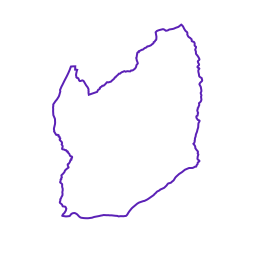 the district of Garagoa, Boyacá, Colombia, rotated 161°
{"feature_id": "7082276B73861688893485", "entity_name": "Garagoa", "entity_type": "district", "adm_level": 2, "iso_a3": "COL", "parent_name": "Colombia", "parent_adm1": "Boyacá", "projection": "albers", "projection_center": [-73.307, 5.088], "detail": "fine", "context": "isolated", "style": "outline", "palette": "violet", "viewbox_px": 256, "rotation_deg": 161, "n_neighbors": 0, "source": "geoboundaries", "source_scale": "gbopen_adm2", "svg_char_len": 5804}
<svg xmlns="http://www.w3.org/2000/svg" viewBox="0 0 256 256"><g transform="rotate(161 128 128)"><path d="M177.6,52.9L174.6,51.8L174.1,51.5L172.0,50.8L168.5,49.1L166.8,48.4L165.7,47.5L163.5,47.0L161.2,46.1L158.8,45.6L158.2,45.6L156.8,46.4L155.7,47.4L154.0,48.7L151.0,50.6L149.8,51.2L143.8,53.5L141.8,53.9L137.6,53.9L136.5,53.8L136.2,53.7L133.2,54.1L131.9,54.4L125.9,56.1L124.8,56.6L124.3,57.0L123.3,57.3L121.3,58.4L118.5,58.8L117.5,59.3L115.8,59.4L113.2,59.7L110.2,61.1L109.0,62.0L107.9,62.5L106.4,62.3L104.9,62.4L104.0,62.9L102.2,63.5L101.7,63.8L99.4,65.7L98.3,66.3L94.6,67.9L91.3,68.7L87.8,70.0L83.4,70.3L79.9,69.2L78.8,69.3L77.2,69.6L76.9,69.5L76.3,69.3L76.0,69.4L75.2,70.5L74.0,71.2L73.3,72.6L71.4,73.3L71.2,73.6L71.3,74.0L72.3,75.6L72.3,76.4L71.4,78.3L70.2,79.9L70.1,80.2L70.4,81.1L70.4,81.4L69.7,82.4L69.6,82.7L69.7,83.5L70.3,84.9L70.9,86.9L70.5,88.6L70.5,89.0L70.7,90.1L71.3,91.6L71.3,91.8L70.4,92.2L70.1,92.5L69.5,93.3L69.2,93.8L69.1,94.4L68.7,94.8L68.1,96.4L66.8,98.0L65.9,99.8L63.9,102.1L63.0,103.6L61.4,105.8L60.2,108.8L59.9,109.4L59.6,109.8L58.6,110.7L58.0,111.4L58.0,111.7L58.2,112.0L59.3,112.9L59.4,113.2L59.9,114.9L59.9,115.6L59.8,116.3L59.5,116.7L59.2,117.0L58.2,117.1L57.7,117.9L57.4,118.8L56.8,119.4L56.9,121.0L56.8,121.5L56.8,121.9L56.7,122.3L55.9,123.2L55.6,124.1L54.9,124.4L54.4,125.2L53.4,126.2L53.1,126.6L52.9,128.1L52.7,128.4L51.3,128.9L50.2,129.7L49.4,130.8L49.3,131.2L48.8,133.7L47.9,135.1L47.9,135.5L48.0,136.5L47.9,137.2L47.7,137.7L46.9,138.5L46.6,139.0L46.3,140.0L45.8,143.1L46.2,145.6L46.2,146.2L45.4,147.0L44.8,147.4L42.8,148.3L42.4,148.8L42.3,149.0L42.1,151.2L43.6,153.1L43.8,154.0L43.4,156.0L43.2,158.1L42.9,159.3L42.4,160.0L41.3,160.8L41.2,161.0L41.3,161.4L42.3,162.3L42.5,163.0L42.4,163.2L41.9,163.7L40.8,164.1L40.5,164.3L40.1,165.0L40.1,165.3L40.4,166.7L40.3,168.2L39.9,168.6L38.5,169.2L38.2,169.5L38.1,169.8L38.1,170.7L38.4,172.4L38.8,173.9L39.4,175.4L39.5,175.9L39.5,176.3L38.9,178.3L39.0,180.1L37.5,182.0L37.3,182.7L37.9,183.6L38.1,184.1L38.1,184.7L37.5,185.9L37.4,186.5L37.5,187.6L38.0,188.2L39.1,189.0L39.4,189.4L39.0,191.2L39.6,192.3L39.9,193.0L40.3,193.3L41.1,194.5L41.4,195.6L41.5,197.2L41.0,198.2L40.9,198.8L41.0,199.5L41.9,200.9L42.2,201.8L42.6,203.6L42.9,206.1L43.7,208.0L44.0,208.4L47.4,207.2L50.1,207.2L52.3,207.0L53.6,207.1L56.9,207.7L58.2,207.4L59.1,207.4L59.9,207.5L60.6,207.7L61.6,209.2L62.6,210.0L63.0,210.1L66.4,210.4L68.2,210.4L69.2,210.3L70.7,209.5L71.4,205.0L72.3,202.8L72.7,202.2L73.0,202.1L73.5,202.0L74.6,201.0L75.5,200.9L75.8,200.8L76.2,200.0L77.5,199.4L78.3,199.3L78.9,198.9L79.7,198.7L81.8,198.6L82.8,198.8L83.3,198.8L84.4,198.2L86.2,198.1L88.4,197.3L89.0,197.3L89.8,197.5L90.3,197.3L91.7,197.1L92.8,197.1L93.0,196.9L93.2,196.2L94.0,196.4L94.6,196.1L95.0,195.7L95.2,195.0L95.8,194.1L96.8,192.1L97.4,191.6L97.5,190.7L97.4,190.4L97.7,189.3L97.6,186.8L97.7,185.9L97.9,185.7L99.3,184.9L99.7,184.5L100.2,183.5L101.0,182.6L102.2,181.8L103.9,181.2L104.6,181.0L105.2,181.0L106.3,181.4L106.7,181.1L107.5,180.8L110.1,181.9L110.8,182.0L111.9,182.0L112.9,182.9L113.5,182.9L114.3,182.8L115.5,182.8L117.1,182.4L117.9,182.0L118.6,182.1L119.0,182.3L120.3,181.5L122.3,180.7L123.3,180.0L123.9,180.1L125.3,179.0L127.9,178.0L128.8,177.5L129.1,177.4L131.6,177.5L132.7,178.0L133.2,178.1L134.0,177.5L136.1,176.4L136.8,176.2L137.1,176.0L137.6,176.0L138.4,176.3L138.6,176.3L139.5,175.7L140.6,175.6L141.5,175.1L141.5,174.8L141.9,174.3L142.6,174.0L143.6,173.9L144.5,173.2L145.0,172.6L145.4,172.2L154.2,172.2L153.9,174.1L153.3,175.5L153.3,176.0L152.8,177.2L152.7,177.9L152.9,179.6L153.7,182.0L154.6,186.6L154.8,187.0L155.4,187.7L155.8,187.9L157.6,187.9L158.3,188.1L158.7,188.8L158.8,191.1L159.0,191.4L160.0,192.1L160.3,192.7L160.1,193.1L160.0,194.6L159.6,195.7L157.8,198.7L157.1,199.5L157.6,199.9L159.0,200.4L157.8,203.5L160.0,204.2L161.9,204.7L162.2,204.4L164.4,201.7L166.7,199.2L169.2,196.7L172.8,193.3L176.1,190.0L177.4,188.8L179.2,186.8L179.7,186.3L180.0,185.5L180.1,184.6L182.3,181.4L183.1,180.4L185.8,178.2L187.8,177.0L190.9,174.7L191.2,174.2L191.4,173.2L191.7,172.7L192.0,172.3L192.6,170.2L193.3,168.4L194.4,164.5L194.1,160.6L194.2,160.0L195.2,156.7L195.8,155.4L198.1,151.8L198.4,151.1L198.7,149.2L199.0,148.8L198.2,145.1L198.0,144.8L196.6,144.4L196.0,143.9L196.1,143.3L196.4,142.9L196.4,142.7L195.8,142.4L195.6,142.1L195.6,141.9L195.9,141.2L195.4,140.3L195.6,139.9L196.4,139.2L196.4,138.8L195.2,136.3L195.2,135.4L195.4,134.9L196.1,134.1L196.0,133.6L195.7,132.7L195.7,132.2L196.0,131.3L196.9,130.3L197.1,129.6L196.9,129.3L196.7,129.1L195.4,128.4L194.7,127.6L193.9,127.3L193.7,127.0L193.6,126.8L193.6,125.8L193.3,125.6L192.9,125.7L192.6,125.3L192.7,124.1L192.0,122.9L191.8,120.5L191.4,119.9L190.6,119.5L190.3,119.0L190.3,118.7L190.5,118.3L190.8,117.9L191.7,117.4L191.8,116.5L192.3,116.3L192.8,116.4L193.2,116.1L193.6,115.2L194.9,114.1L195.7,113.5L196.6,113.4L196.9,113.1L197.2,111.8L197.0,110.7L197.1,110.0L199.5,109.2L201.1,108.5L201.7,108.0L202.2,107.3L202.8,106.8L204.5,105.8L206.1,105.1L206.3,104.8L206.5,104.6L206.6,102.9L206.8,102.7L207.5,102.3L207.6,101.6L207.7,101.4L208.3,101.3L208.5,101.2L209.0,99.8L209.8,99.0L209.8,98.5L208.8,96.9L208.6,96.4L208.7,95.8L209.3,94.3L209.5,93.1L209.5,92.1L210.0,90.4L211.0,88.7L211.3,87.2L211.8,85.9L212.2,85.4L213.3,84.5L214.2,83.4L214.7,83.1L215.1,82.4L215.3,82.4L215.5,81.7L215.8,81.1L216.3,80.6L216.7,79.8L216.7,79.4L215.6,77.6L215.3,77.0L215.3,75.8L215.2,75.2L213.1,74.1L212.8,73.6L212.7,73.2L212.7,72.1L212.6,71.8L213.7,70.1L214.7,69.3L215.6,68.5L217.5,67.6L218.7,66.5L218.7,66.3L215.9,64.8L214.8,64.4L212.2,63.8L211.5,63.9L210.1,64.9L209.1,65.3L207.8,65.4L206.4,65.1L205.5,64.5L204.4,63.2L204.1,62.7L203.0,60.2L202.1,58.9L201.3,58.3L198.9,57.1L196.1,56.0L194.8,55.6L191.3,54.9L188.9,54.9L184.2,54.2L182.0,54.0L180.9,53.8L179.9,53.7L179.2,53.6L177.6,52.9Z" fill="none" stroke="#5b21b6" stroke-width="2"/></g></svg>